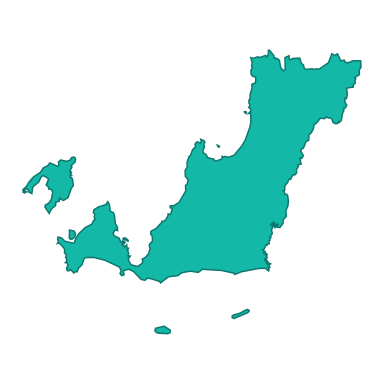 Pandeglang, Banten, Indonesia (Robinson projection)
{"feature_id": "22746128B79755996911998", "entity_name": "Pandeglang", "entity_type": "district", "adm_level": 2, "iso_a3": "IDN", "parent_name": "Indonesia", "parent_adm1": "Banten", "projection": "robinson", "projection_center": [105.579, -6.619], "detail": "fine", "context": "isolated", "style": "filled", "palette": "teal", "viewbox_px": 384, "rotation_deg": 0, "n_neighbors": 0, "source": "geoboundaries", "source_scale": "gbopen_adm2", "svg_char_len": 5941}
<svg xmlns="http://www.w3.org/2000/svg" viewBox="0 0 384 384"><path d="M359.4,74.6L359.2,70.3L361.0,67.1L360.7,60.8L352.1,60.8L351.4,62.0L349.3,62.0L347.4,63.2L344.9,61.8L344.2,60.1L340.8,60.8L337.5,53.8L334.7,55.4L331.9,53.7L328.5,62.7L318.7,69.4L316.9,68.7L314.7,69.5L312.2,68.8L306.1,69.4L304.2,68.3L303.5,65.0L301.3,63.3L299.8,58.1L292.6,58.5L290.3,59.8L289.0,58.8L289.1,55.8L285.0,57.6L285.2,69.4L283.5,70.8L280.6,67.4L279.4,60.3L277.1,58.4L275.7,58.9L275.1,57.8L273.8,58.0L274.0,55.9L269.6,50.3L268.4,50.3L268.4,53.8L266.8,57.2L265.5,55.4L260.5,57.4L257.3,56.9L253.5,58.3L250.8,57.7L252.2,62.8L251.6,66.3L252.5,67.3L250.9,70.4L251.2,74.3L252.8,76.4L255.5,76.9L255.8,80.2L255.0,83.5L252.5,83.8L251.7,84.9L252.1,87.9L250.2,94.2L249.9,99.4L249.0,99.8L248.9,102.9L250.1,105.1L248.7,107.6L250.4,108.4L250.9,110.6L248.6,113.5L250.6,112.8L250.9,121.8L249.8,127.3L245.4,139.7L242.0,145.7L234.0,155.3L227.7,157.4L225.6,156.4L222.3,157.0L221.8,155.5L222.4,158.0L221.6,159.0L216.3,161.1L214.3,160.5L214.1,159.3L207.6,157.6L206.1,154.5L203.3,152.9L202.9,150.8L204.5,146.8L203.8,144.3L204.9,142.1L204.2,140.8L200.7,139.3L201.3,142.0L200.0,143.4L197.7,141.7L195.7,142.8L195.0,144.7L195.6,146.7L192.6,149.6L190.6,155.2L189.0,156.5L187.0,162.6L187.3,167.0L185.1,170.5L185.3,176.3L188.2,180.0L187.2,184.0L185.5,185.5L185.7,190.9L179.0,202.5L173.6,205.7L170.1,205.9L170.3,207.9L172.4,208.1L170.7,214.4L168.1,213.9L167.9,216.1L165.8,219.7L163.5,221.4L161.9,221.2L161.8,222.4L156.0,228.5L150.9,231.3L150.7,234.3L152.3,236.2L152.4,241.2L149.6,244.1L149.2,246.0L150.1,248.3L148.5,253.8L145.3,257.5L142.1,259.1L142.9,261.9L141.7,263.7L137.5,266.5L131.1,264.8L128.4,260.0L128.3,258.8L130.3,256.1L128.1,256.1L128.7,253.3L127.5,250.7L128.5,251.0L127.5,250.1L128.5,248.2L127.0,248.1L126.7,244.8L124.6,247.3L123.5,244.6L122.3,244.9L122.3,242.6L120.7,241.9L119.2,238.2L114.0,235.7L113.1,233.0L115.4,229.8L117.6,230.6L117.4,227.0L115.4,223.8L114.3,214.6L113.4,212.7L110.2,211.2L109.4,204.6L107.8,201.7L105.5,204.8L98.6,206.8L94.0,209.7L93.3,212.6L94.8,214.5L94.2,217.4L95.2,219.4L93.4,220.7L91.9,224.1L85.3,227.5L79.2,233.3L76.2,237.5L74.3,242.6L72.9,243.1L65.2,241.4L61.5,238.0L58.0,237.0L57.6,239.5L58.6,241.5L57.4,243.4L58.7,243.0L61.3,244.9L64.6,249.2L64.5,252.7L66.6,255.3L65.6,257.4L66.3,257.7L66.7,261.1L65.4,262.6L66.6,262.7L68.2,265.3L66.6,267.6L66.9,269.0L66.1,269.3L67.1,269.1L67.2,270.6L68.9,270.9L70.5,269.5L73.9,273.0L75.7,271.5L77.2,271.9L78.4,268.3L82.1,264.6L84.1,258.4L86.4,257.5L94.1,257.5L105.1,260.3L119.3,267.0L121.3,270.4L120.0,273.4L121.6,275.6L124.1,274.8L123.4,271.5L123.9,270.6L128.7,269.2L133.4,271.4L141.1,279.4L145.0,280.3L147.3,278.2L150.5,278.6L159.6,281.4L160.5,282.9L168.5,276.8L177.9,275.6L181.5,272.8L186.0,271.9L190.8,271.2L198.3,272.4L202.4,269.3L221.2,270.4L234.1,273.2L234.8,274.5L241.3,271.8L259.2,268.4L265.3,268.3L268.6,270.9L269.1,269.3L268.0,267.4L269.8,267.4L269.0,264.7L270.6,263.9L268.2,262.7L267.4,264.4L266.6,262.8L267.7,261.3L266.4,260.6L265.4,261.3L264.7,260.2L264.5,259.0L266.3,259.6L265.9,258.5L267.3,257.8L266.2,255.6L267.3,254.6L266.3,253.6L265.3,254.4L265.3,252.0L263.8,252.9L264.0,250.7L262.6,249.8L263.9,249.6L265.5,245.7L266.9,245.3L266.7,244.3L269.2,243.8L268.9,240.6L269.9,240.4L269.9,237.3L270.7,237.4L270.2,236.8L272.3,233.5L271.5,229.8L273.0,226.6L270.8,225.0L271.5,224.8L271.6,223.0L271.9,225.2L272.7,225.2L272.2,224.5L272.8,225.0L272.7,223.6L272.9,223.1L273.3,225.8L274.4,226.5L273.8,224.0L274.0,222.7L275.5,222.7L274.2,223.0L274.7,225.2L276.5,224.5L275.9,225.4L276.8,225.4L278.6,223.9L277.6,225.3L276.3,225.5L275.0,225.2L275.0,227.5L275.7,226.9L279.8,227.6L283.1,223.2L283.0,220.0L286.4,216.2L285.8,210.8L287.9,205.9L288.4,201.2L287.7,195.7L286.8,194.3L284.7,194.1L284.3,191.2L283.3,190.8L284.8,189.9L284.8,185.8L287.6,182.5L289.0,179.0L290.5,179.4L292.9,174.7L294.7,175.0L296.6,173.0L296.5,169.5L298.3,166.7L297.6,165.0L301.1,164.1L299.9,158.0L301.8,158.4L303.4,155.6L300.6,150.9L302.3,148.3L303.4,148.2L306.0,141.7L308.7,140.3L309.0,134.6L311.2,133.0L313.4,128.7L313.9,125.2L317.7,121.8L320.0,118.3L324.7,118.6L326.7,116.8L328.3,118.0L330.3,117.9L332.0,119.1L332.9,122.3L335.3,123.7L337.5,123.5L338.8,121.6L339.2,122.4L341.2,120.6L342.6,113.2L343.9,110.4L343.8,108.3L345.4,107.9L346.8,105.1L345.2,102.8L344.6,98.3L346.5,98.6L347.3,94.0L346.6,88.1L353.3,87.1L353.2,85.2L355.4,82.9L354.9,81.4L355.7,78.8L354.9,77.5L359.4,74.6ZM74.9,157.6L73.5,157.0L71.3,157.8L70.5,159.9L66.5,161.3L60.6,160.0L58.4,162.1L58.9,165.2L57.8,166.4L49.8,162.9L48.1,165.4L43.1,168.1L40.5,172.3L33.5,176.9L31.8,179.5L31.2,179.2L30.7,181.3L29.6,181.1L26.4,186.5L23.0,189.6L23.2,192.4L24.2,192.8L24.1,189.8L26.8,188.9L28.3,189.8L28.4,191.8L31.8,193.6L32.8,187.0L38.6,182.1L41.3,176.7L43.1,175.6L46.8,177.5L48.6,179.2L46.2,184.9L48.7,187.5L48.7,189.1L51.6,189.5L52.7,192.4L51.3,199.7L48.6,203.3L45.5,204.9L44.9,207.0L49.2,213.5L51.4,209.0L55.6,205.5L55.8,202.1L59.4,201.2L59.0,199.4L60.1,199.1L59.9,197.3L60.4,198.9L63.4,200.5L67.9,197.8L71.4,188.2L73.3,185.6L72.5,179.1L71.6,177.7L70.9,178.0L70.1,175.9L71.4,175.4L70.3,174.7L71.4,173.1L70.0,172.3L70.9,171.7L70.0,170.8L71.9,167.1L71.0,166.5L71.8,165.1L75.0,162.1L75.6,159.3L74.9,157.6ZM164.2,326.2L155.5,328.3L154.9,330.8L156.4,332.6L159.1,333.2L167.5,333.7L170.0,332.8L170.3,330.2L164.2,326.2ZM248.9,310.1L246.8,309.5L239.4,313.4L234.0,314.8L232.2,315.9L232.2,317.7L234.2,318.4L247.6,312.7L249.2,311.1L248.9,310.1ZM69.5,230.0L69.3,238.1L70.8,239.4L72.5,239.0L74.5,237.1L75.6,233.9L74.1,231.1L69.5,230.0ZM125.3,239.6L124.4,238.0L123.1,238.2L123.1,239.8L125.3,239.6ZM128.0,241.2L128.2,240.4L126.2,238.5L126.4,240.5L128.0,241.2ZM245.8,113.5L246.5,112.6L245.8,111.5L244.3,112.0L245.8,113.5ZM218.9,147.2L219.5,146.3L217.3,145.2L217.6,146.2L218.9,147.2ZM26.5,191.9L25.0,191.1L24.5,191.6L25.1,192.6L26.5,191.9ZM124.4,241.6L123.6,242.8L123.8,243.6L125.1,242.3L124.4,241.6ZM123.1,241.6L122.4,240.4L122.5,242.1L123.1,241.6Z" fill="#14b8a6" stroke="#0f766e" stroke-width="1.5"/></svg>